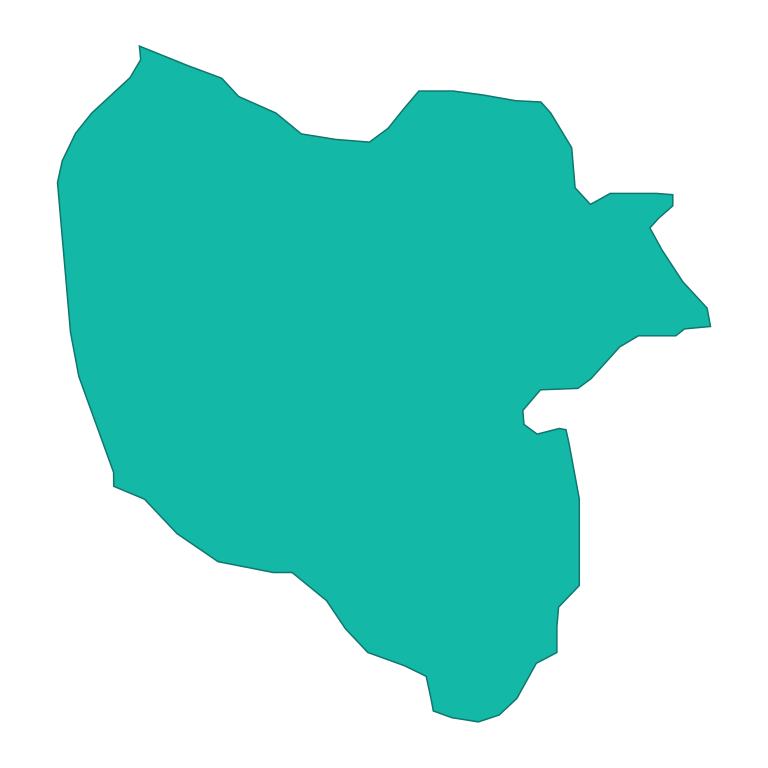 the Statistical Region of Mavrovo and Rostusa
{"feature_id": "MKD-2955", "entity_name": "Mavrovo and Rostusa", "entity_type": "Statistical Region", "adm_level": 1, "iso_a3": "MKD", "parent_name": "North Macedonia", "parent_adm1": "", "projection": "natural_earth1", "projection_center": [20.731, 41.637], "detail": "fine", "context": "isolated", "style": "filled", "palette": "teal", "viewbox_px": 768, "rotation_deg": 0, "n_neighbors": 0, "source": "natural_earth", "source_scale": "10m", "svg_char_len": 1065}
<svg xmlns="http://www.w3.org/2000/svg" viewBox="0 0 768 768"><path d="M113.7,486.3L113.6,472.4L78.8,376.4L70.5,332.3L57.5,182.6L62.3,160.7L75.6,133.2L91.7,113.1L130.0,77.7L140.7,59.6L139.4,46.1L188.0,65.7L221.8,78.3L238.6,96.5L276.0,113.1L301.3,133.9L335.3,139.4L369.4,142.1L388.1,128.3L403.6,109.0L418.9,91.0L453.0,91.0L483.8,95.1L515.6,100.7L540.9,102.0L550.8,113.1L571.7,147.7L575.1,187.8L590.4,204.4L610.3,193.4L630.0,193.4L656.3,193.4L672.8,194.7L672.8,205.8L658.6,218.3L649.9,227.9L662.0,250.0L682.9,281.9L707.1,308.1L710.5,326.5L684.5,328.9L675.8,335.8L653.7,335.8L638.4,335.8L619.7,346.9L591.0,378.7L577.9,388.4L540.5,389.8L522.8,410.5L524.0,424.4L537.1,434.1L559.2,428.5L566.0,429.7L568.9,442.8L579.3,499.0L579.3,537.9L579.3,559.5L579.3,585.5L558.6,607.1L556.9,626.6L556.9,652.5L536.3,663.3L516.9,698.4L499.2,715.0L478.3,721.9L451.9,717.7L433.3,711.0L431.3,700.1L426.2,676.3L403.9,665.5L367.8,652.5L345.4,628.7L326.5,600.6L292.1,572.5L273.2,572.5L218.1,561.7L177.0,533.6L144.5,499.2L113.7,486.3Z" fill="#14b8a6" stroke="#0f766e" stroke-width="1.5"/></svg>